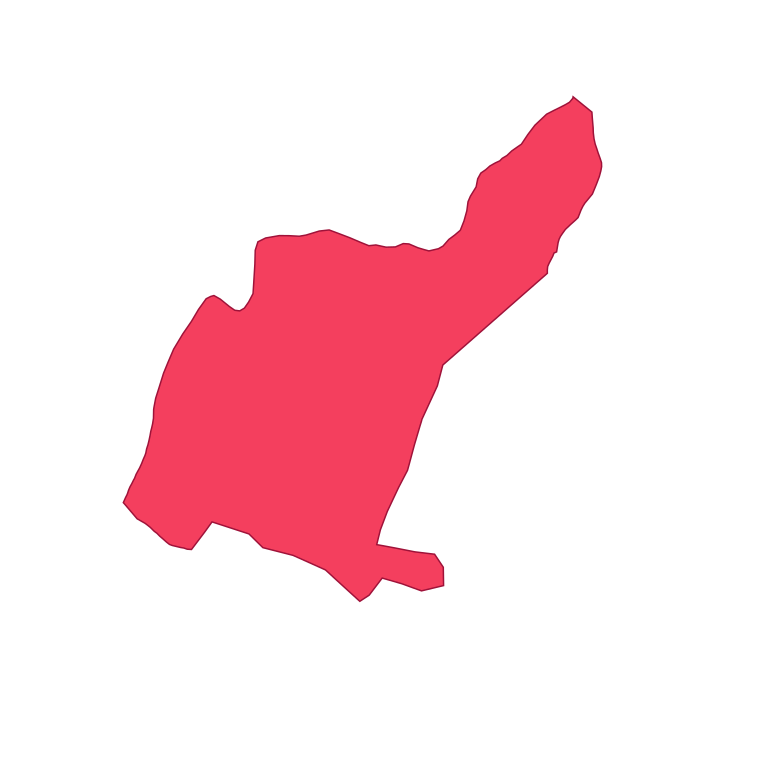 Corinth Estate, Gros Islet, Saint Lucia, rotated 341°
{"feature_id": "8701671B94015264983282", "entity_name": "Corinth Estate", "entity_type": "district", "adm_level": 2, "iso_a3": "LCA", "parent_name": "Saint Lucia", "parent_adm1": "Gros Islet", "projection": "equal_earth", "projection_center": [-60.954, 14.043], "detail": "fine", "context": "isolated", "style": "filled", "palette": "rose", "viewbox_px": 768, "rotation_deg": 341, "n_neighbors": 0, "source": "geoboundaries", "source_scale": "gbopen_adm2", "svg_char_len": 2484}
<svg xmlns="http://www.w3.org/2000/svg" viewBox="0 0 768 768"><g transform="rotate(341 384 384)"><path d="M99.7,413.2L106.7,431.1L112.7,437.9L114.2,440.1L116.3,443.4L117.2,445.2L118.6,448.1L119.5,449.5L120.7,451.2L121.5,452.9L122.6,455.2L124.5,458.4L126.0,461.1L126.9,462.7L128.9,465.8L130.3,467.0L131.3,467.8L134.6,469.9L138.5,472.4L141.3,473.9L144.1,476.1L148.1,477.8L166.0,465.8L176.5,458.4L186.6,466.0L207.5,481.8L216.2,499.3L242.2,516.4L268.1,540.7L270.9,545.8L274.0,551.6L275.3,554.0L289.1,579.3L290.4,581.6L293.5,580.8L301.3,578.8L311.9,571.7L319.1,566.9L336.0,578.8L345.5,586.5L352.1,591.8L374.7,594.0L380.4,576.6L376.4,561.4L358.6,552.8L341.7,543.0L330.4,536.6L324.8,533.5L333.1,520.7L338.9,513.7L345.7,505.5L364.1,486.6L378.1,473.3L381.2,468.8L392.9,451.5L404.8,434.8L407.3,431.4L408.4,429.7L433.8,403.2L445.8,385.2L574.5,332.5L575.5,329.5L577.0,326.2L579.4,323.6L585.1,318.2L587.4,315.5L590.2,315.3L594.6,307.1L596.7,304.1L598.9,301.9L601.7,299.8L605.8,296.9L612.4,293.9L618.6,291.3L621.7,289.8L626.8,283.8L629.8,280.8L632.6,278.5L642.9,272.2L649.7,264.5L655.1,258.0L658.4,253.1L660.5,249.4L661.7,245.6L661.8,241.0L661.7,235.0L661.8,230.6L661.8,225.9L662.4,220.6L663.7,214.6L665.2,209.7L666.4,204.9L667.6,200.2L669.1,194.6L656.3,174.0L655.6,175.3L651.1,178.0L645.4,179.1L633.3,180.7L625.6,181.8L615.9,186.2L611.0,188.4L601.3,194.9L592.0,202.0L588.0,203.1L580.7,205.2L574.6,208.0L569.3,209.1L566.1,210.7L561.2,211.2L555.2,212.3L549.9,214.5L544.2,216.1L539.4,220.5L535.3,227.6L526.8,234.6L522.8,239.0L518.7,247.2L512.7,255.9L506.2,263.5L499.3,266.2L492.4,268.4L484.7,272.8L479.5,273.8L469.8,272.8L465.7,270.0L460.4,266.2L453.2,259.7L447.9,257.5L439.4,258.1L430.5,255.3L421.6,249.9L414.7,248.3L407.8,242.3L399.3,234.6L389.6,226.5L382.3,220.5L372.6,218.3L358.8,217.8L352.0,216.7L342.6,212.9L333.3,209.6L319.6,207.4L311.1,208.5L305.8,215.6L300.9,228.7L293.7,246.1L289.6,255.9L282.7,262.4L276.7,266.8L271.4,267.9L266.9,265.7L262.9,260.2L256.8,250.4L252.0,245.0L248.6,244.8L243.6,245.5L232.9,253.1L222.3,262.1L210.0,271.2L196.5,282.5L187.0,293.0L179.1,302.0L170.2,314.1L163.5,323.1L159.0,331.0L157.9,333.1L154.9,341.3L152.2,346.4L149.9,350.1L148.1,352.8L146.0,356.6L143.6,360.6L141.1,364.5L138.4,368.1L136.4,371.6L134.7,373.8L131.9,376.8L129.1,380.1L125.7,383.7L122.8,386.3L120.2,388.7L117.3,392.1L115.9,393.3L113.1,396.1L110.3,398.6L107.8,401.4L106.1,403.7L104.8,405.2L102.8,407.1L100.1,410.0L98.9,411.3L99.7,413.2Z" fill="#f43f5e" stroke="#9f1239" stroke-width="1.5"/></g></svg>